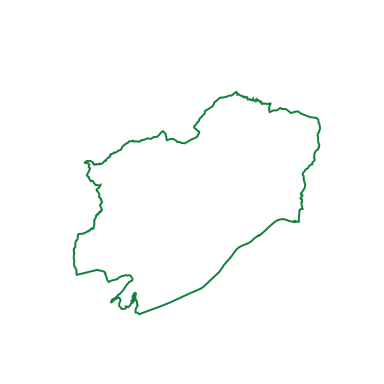 San Estanislao, Bolívar, Colombia (Equal Earth projection), rotated 43°
{"feature_id": "7082276B79132540776800", "entity_name": "San Estanislao", "entity_type": "district", "adm_level": 2, "iso_a3": "COL", "parent_name": "Colombia", "parent_adm1": "Bolívar", "projection": "equal_earth", "projection_center": [-75.215, 10.366], "detail": "fine", "context": "isolated", "style": "outline", "palette": "green", "viewbox_px": 384, "rotation_deg": 43, "n_neighbors": 0, "source": "geoboundaries", "source_scale": "gbopen_adm2", "svg_char_len": 6038}
<svg xmlns="http://www.w3.org/2000/svg" viewBox="0 0 384 384"><g transform="rotate(43 192 192)"><path d="M233.1,52.8L231.3,53.7L227.3,56.7L218.9,60.1L215.4,60.6L214.3,61.0L213.1,62.3L210.9,66.1L210.3,66.8L205.1,67.1L203.7,67.5L201.1,70.1L199.7,70.0L199.1,70.9L198.5,74.0L197.7,75.2L196.8,75.9L195.6,77.4L194.4,80.6L192.5,79.5L192.1,78.5L191.1,78.3L190.6,77.6L189.6,74.7L189.2,73.8L188.8,73.7L188.3,74.3L187.9,75.4L187.3,76.2L185.2,77.4L183.3,79.6L183.1,79.1L182.5,79.3L181.7,79.1L181.1,79.7L180.6,78.9L179.8,79.7L178.7,79.5L177.8,80.0L177.3,79.8L177.1,81.2L176.7,80.6L176.2,80.7L175.8,80.3L175.5,81.6L175.7,82.3L175.5,82.8L174.7,82.9L174.4,83.3L173.9,83.2L173.6,83.3L173.0,82.4L173.0,83.7L172.4,84.7L171.0,84.6L169.8,86.3L168.6,85.9L168.2,85.3L167.6,85.4L167.2,85.2L166.6,86.3L165.8,86.3L165.6,87.2L165.2,87.2L164.7,87.6L164.0,87.3L163.6,87.8L163.1,87.7L161.5,88.5L159.8,88.6L159.4,89.3L158.9,89.8L158.6,89.2L157.7,89.3L157.6,88.9L156.1,88.6L155.6,90.5L155.3,93.8L154.8,94.9L153.4,96.2L152.5,98.5L150.0,102.2L148.8,102.9L148.0,104.9L147.6,109.4L147.2,110.6L147.4,111.1L147.3,111.4L148.0,112.7L148.1,113.7L148.7,115.5L148.1,116.7L148.0,117.9L146.3,123.7L146.4,124.4L147.6,125.5L147.9,126.5L147.6,128.3L147.8,129.7L147.6,132.5L147.8,133.2L147.7,134.0L148.4,134.7L148.6,136.0L148.4,137.5L149.1,141.1L148.6,142.0L149.4,143.3L149.9,143.4L151.2,143.5L152.3,143.2L153.8,143.5L156.3,143.1L156.9,144.0L158.1,148.7L155.2,155.4L155.0,156.7L153.5,161.4L150.3,163.6L148.6,164.0L147.1,165.5L145.3,165.3L142.0,166.1L139.9,168.3L138.3,171.3L137.6,171.0L135.7,169.2L134.6,169.0L133.3,167.5L129.3,167.3L128.7,169.9L129.2,172.8L128.9,175.1L127.7,177.0L127.2,177.3L126.3,178.3L126.3,179.5L125.7,181.1L124.5,182.1L123.0,183.0L122.5,183.7L121.9,185.4L120.8,187.4L119.7,188.3L119.8,189.0L119.7,190.1L118.6,191.6L115.7,193.8L115.1,194.9L113.8,194.7L113.3,195.9L111.5,197.8L111.7,198.6L111.6,199.4L111.3,199.8L111.3,200.9L110.7,201.5L110.6,203.3L110.1,205.2L110.4,207.2L111.1,209.1L110.8,210.6L109.7,212.5L109.7,213.6L108.9,216.0L107.9,216.5L108.1,217.1L107.7,218.4L106.8,219.8L106.8,220.7L107.6,220.9L107.7,221.4L107.8,223.3L107.2,223.7L107.3,225.1L107.2,226.4L107.8,227.7L107.5,228.2L106.9,228.4L107.1,229.0L106.9,229.7L107.0,231.3L106.6,233.1L105.4,234.9L105.1,235.1L104.8,234.7L103.6,236.8L103.2,237.0L102.7,236.9L102.4,238.0L101.8,238.8L101.4,238.8L101.0,238.5L100.3,238.6L99.5,237.9L97.1,238.4L96.1,238.9L95.3,240.1L94.5,240.4L93.5,242.4L93.5,243.4L94.0,243.7L96.0,242.2L97.5,241.8L98.1,241.9L99.3,244.1L100.7,244.1L101.3,244.2L101.5,244.6L101.7,245.7L102.5,247.0L103.5,251.2L104.9,251.7L106.5,251.5L107.1,252.1L110.1,253.1L110.8,253.0L111.3,251.9L112.7,251.8L114.9,252.4L117.0,252.6L117.7,251.7L119.1,251.1L119.8,250.4L120.2,249.4L120.9,251.1L121.0,253.6L120.5,255.3L120.9,255.7L124.8,256.5L126.1,257.1L127.2,258.9L129.6,259.0L130.2,259.1L130.1,259.6L130.4,259.8L133.1,260.6L133.3,261.7L133.5,263.9L133.9,264.4L137.3,266.0L137.9,266.5L138.3,266.5L138.2,267.6L138.8,268.1L138.4,268.9L138.7,269.4L138.3,270.1L138.0,269.9L137.8,270.1L138.2,270.6L138.3,271.5L138.6,271.9L138.5,272.3L138.2,272.1L137.9,272.4L137.8,272.8L138.2,273.5L137.9,274.3L138.1,275.0L138.8,275.6L139.2,277.3L139.6,277.9L139.6,279.5L140.8,280.1L141.2,280.9L142.8,282.4L143.3,283.6L144.1,284.3L144.9,286.3L144.7,286.8L143.4,287.0L143.2,287.8L143.6,289.8L143.4,290.2L142.6,290.9L142.9,292.2L142.1,293.0L141.8,294.5L140.5,297.1L137.9,299.8L137.6,300.8L137.7,301.1L140.2,304.1L140.7,305.8L140.6,306.7L140.9,307.9L142.0,309.6L142.9,310.2L144.1,311.9L144.6,314.7L145.2,314.8L146.1,316.1L146.5,316.2L147.2,317.0L147.9,317.2L148.1,318.0L150.5,321.0L153.0,322.8L155.1,325.4L156.6,326.5L160.7,327.8L162.3,329.7L163.8,331.1L164.2,331.2L176.0,313.3L177.3,313.0L179.7,311.2L182.4,310.1L183.6,310.2L184.1,311.0L184.7,310.9L185.3,311.7L186.1,311.8L190.3,314.3L192.6,314.5L193.1,312.5L196.0,307.8L196.7,307.0L196.8,304.4L197.5,303.2L198.1,301.0L199.2,299.9L200.4,297.9L201.8,297.1L202.3,296.2L203.5,295.3L204.4,295.2L207.7,296.1L208.6,297.9L208.0,298.6L208.1,299.1L207.4,300.7L207.7,302.4L207.4,303.1L207.6,304.6L208.6,310.5L208.8,314.2L208.2,318.4L208.3,321.5L207.2,324.4L207.1,325.3L207.7,327.4L208.0,327.8L208.3,327.8L208.4,327.4L208.7,323.7L210.0,319.8L210.3,319.1L210.8,319.0L212.0,319.1L213.3,319.7L214.1,321.0L214.9,323.5L216.8,325.2L218.1,325.0L219.1,325.3L220.5,325.4L221.2,324.7L221.7,323.8L222.4,323.4L222.8,322.2L222.7,321.3L221.7,320.7L222.7,320.0L223.7,319.8L224.0,319.3L224.1,317.4L223.3,314.1L222.9,313.4L222.1,313.2L222.1,311.8L220.9,309.6L219.8,309.0L218.8,305.6L219.1,305.4L219.3,305.6L220.0,306.9L222.4,310.4L222.5,311.1L223.8,313.9L224.1,313.6L224.2,312.8L222.8,309.6L221.2,307.3L220.1,306.1L219.7,305.0L219.7,304.4L220.2,304.5L222.5,308.2L223.6,308.6L223.1,309.4L223.3,309.9L223.7,310.3L224.0,310.3L224.5,309.7L225.6,309.4L226.4,309.5L227.3,310.3L228.2,311.6L229.8,312.1L230.3,315.3L232.4,318.5L232.8,318.6L234.2,317.5L234.7,317.3L236.7,317.4L247.0,297.0L251.5,287.3L259.7,267.2L262.7,260.6L264.6,255.9L265.2,251.3L266.4,232.2L265.9,227.6L265.1,223.2L264.8,212.6L263.9,206.3L263.7,203.1L264.1,200.2L265.6,196.1L267.3,192.9L268.5,189.9L269.1,186.6L269.1,184.0L270.3,178.0L270.9,178.2L271.6,172.8L272.3,162.7L273.0,157.2L273.6,155.0L274.5,153.1L276.0,150.9L277.9,149.0L283.0,146.8L287.0,144.5L286.8,144.2L287.8,143.6L286.9,143.1L290.5,141.1L283.0,132.0L283.3,130.0L284.4,129.0L279.4,125.5L279.1,124.9L279.3,124.3L278.8,123.6L277.6,122.8L277.6,122.5L277.1,122.4L276.0,122.9L275.7,122.7L275.0,120.3L275.4,119.4L274.0,118.8L273.0,119.3L272.7,119.0L272.4,116.2L271.7,112.3L269.5,109.1L267.7,108.3L264.8,106.3L262.8,104.2L261.2,103.8L260.5,103.1L260.2,101.9L260.1,99.7L259.7,98.5L260.5,95.3L260.0,93.5L260.2,91.6L261.0,89.8L260.7,89.2L260.4,89.2L260.0,88.4L260.0,85.1L259.1,84.1L257.6,83.6L257.1,82.4L255.8,81.1L254.7,78.6L254.6,77.3L255.0,75.8L255.0,75.0L254.4,73.8L254.7,73.8L254.0,72.1L252.9,70.7L250.2,69.4L246.7,65.8L245.3,65.1L244.4,63.8L244.1,63.1L244.1,61.3L243.4,60.7L242.4,58.2L239.0,55.6L236.9,54.7L235.2,53.1L233.1,52.8Z" fill="none" stroke="#15803d" stroke-width="2"/></g></svg>